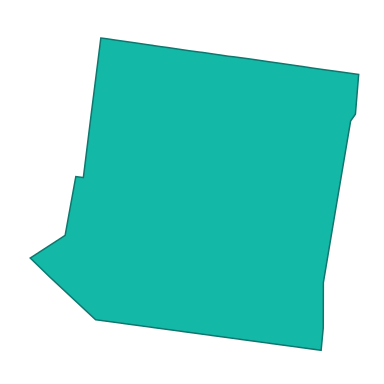 outline of Mercer, Pennsylvania, United States of America, rotated 98°
{"feature_id": "52423323B88020192595097", "entity_name": "Mercer", "entity_type": "district", "adm_level": 2, "iso_a3": "USA", "parent_name": "United States of America", "parent_adm1": "Pennsylvania", "projection": "albers", "projection_center": [-80.421, 41.281], "detail": "fine", "context": "isolated", "style": "filled", "palette": "teal", "viewbox_px": 384, "rotation_deg": 98, "n_neighbors": 0, "source": "geoboundaries", "source_scale": "gbopen_adm2", "svg_char_len": 655}
<svg xmlns="http://www.w3.org/2000/svg" viewBox="0 0 384 384"><g transform="rotate(98 192 192)"><path d="M331.9,269.7L330.8,42.1L308.5,43.1L263.5,49.3L188.6,47.3L99.6,44.8L92.2,41.0L52.4,43.3L52.4,62.2L52.5,77.9L52.5,81.7L52.5,89.9L52.4,95.3L52.3,122.1L52.3,127.1L52.3,134.9L52.2,149.4L52.2,149.8L52.2,150.2L52.2,150.6L52.2,152.0L52.2,152.8L52.2,154.6L52.3,169.7L52.5,174.6L52.3,201.2L52.3,201.4L52.4,203.5L52.5,215.2L52.4,226.8L52.3,236.3L52.4,243.5L52.2,270.7L52.2,289.1L52.1,297.8L52.2,303.7L124.4,302.7L124.7,302.7L192.8,301.6L192.9,309.2L252.6,311.6L279.9,343.0L295.7,321.4L331.9,269.7Z" fill="#14b8a6" stroke="#0f766e" stroke-width="1.5"/></g></svg>